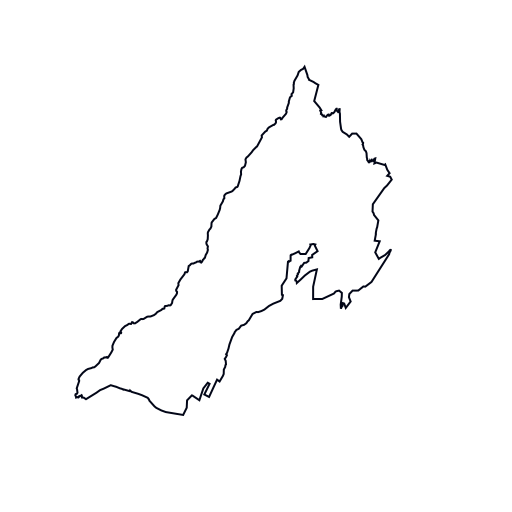 the district of Rubas pag., Saldus, Latvia, rotated 110°
{"feature_id": "27541924B9858590897676", "entity_name": "Rubas pag.", "entity_type": "district", "adm_level": 2, "iso_a3": "LVA", "parent_name": "Latvia", "parent_adm1": "Saldus", "projection": "robinson", "projection_center": [22.561, 56.414], "detail": "fine", "context": "isolated", "style": "outline", "palette": "ink", "viewbox_px": 512, "rotation_deg": 110, "n_neighbors": 0, "source": "geoboundaries", "source_scale": "gbopen_adm2", "svg_char_len": 6111}
<svg xmlns="http://www.w3.org/2000/svg" viewBox="0 0 512 512"><g transform="rotate(110 256 256)"><path d="M204.2,131.5L204.3,131.9L205.0,132.3L206.1,132.6L210.9,135.0L215.2,138.6L216.7,139.6L211.8,145.2L199.9,144.8L201.0,149.7L194.4,150.8L194.3,151.0L192.8,151.4L189.1,152.0L187.5,152.0L180.7,153.2L177.1,159.1L175.6,160.1L174.4,161.7L167.4,163.9L148.3,158.7L145.0,157.0L137.8,154.6L135.6,157.0L135.8,160.1L132.5,158.8L130.1,162.1L125.7,165.9L126.5,166.4L127.0,174.8L128.5,176.4L123.5,177.3L123.9,177.8L125.3,177.7L125.3,178.6L126.5,178.5L126.4,179.3L127.3,179.6L127.2,179.9L126.7,180.3L127.6,180.5L128.4,181.1L127.9,181.5L128.9,181.5L129.4,181.8L129.4,182.1L128.3,182.4L128.5,183.2L127.7,184.4L126.6,184.8L125.5,185.6L121.6,187.3L120.3,188.3L119.9,188.7L119.5,189.8L119.0,190.6L117.0,192.3L115.4,193.2L114.8,194.0L113.9,193.8L112.9,194.1L112.8,194.7L110.2,197.0L106.6,203.5L108.1,207.5L112.1,209.2L110.7,212.2L109.7,217.0L108.5,218.7L107.5,219.5L101.1,222.9L93.6,225.8L92.1,226.8L89.4,227.6L89.5,228.0L89.8,228.1L91.9,227.6L92.5,227.7L92.7,228.0L92.0,229.1L91.7,230.3L90.3,230.3L90.0,230.5L90.1,230.8L91.2,231.2L94.0,231.6L95.5,232.3L95.8,232.7L95.6,233.5L95.8,233.8L97.9,234.1L99.1,235.1L99.2,235.4L98.2,236.0L98.3,236.4L99.0,237.0L101.4,237.8L101.5,239.6L100.9,240.2L101.5,240.6L101.0,241.0L101.1,241.9L100.4,242.4L100.3,243.6L98.8,243.9L97.4,245.4L96.9,245.2L96.6,244.6L94.7,247.0L90.5,254.3L73.9,255.9L73.3,259.6L72.8,261.4L72.3,266.3L72.1,266.3L70.1,268.7L68.4,269.6L61.6,275.1L64.0,275.7L65.8,277.4L68.4,278.8L72.1,278.7L78.2,279.8L80.3,279.7L81.4,279.2L82.2,279.3L85.6,277.9L89.5,277.1L91.8,278.0L93.0,277.3L93.5,277.2L94.5,278.0L95.6,278.3L99.7,278.0L100.6,277.6L101.4,277.5L105.8,277.5L107.0,277.1L108.7,277.4L109.6,277.1L110.1,276.5L110.6,276.4L112.2,276.5L116.9,278.3L118.7,278.7L119.1,279.3L117.8,280.6L117.9,281.1L118.9,282.2L121.0,283.8L121.7,283.9L122.6,283.3L123.8,282.9L124.9,283.1L126.7,284.0L126.8,284.5L130.7,287.8L132.4,288.6L134.5,288.7L136.0,289.9L140.8,291.9L142.5,291.0L152.8,292.5L153.2,292.9L157.5,294.9L160.1,295.6L165.3,297.7L166.7,298.6L168.3,298.9L168.9,298.9L171.4,297.6L175.0,297.2L176.8,297.9L177.9,299.2L179.3,299.4L181.9,299.0L184.4,297.9L186.2,297.9L191.0,297.2L196.8,297.0L197.5,297.2L198.6,298.6L200.2,299.1L203.1,300.4L203.9,301.1L207.3,305.2L208.2,305.8L209.7,306.4L210.5,306.4L212.6,305.5L213.9,306.0L216.0,305.8L220.9,306.7L223.2,306.1L225.1,305.9L230.2,306.1L233.9,306.5L235.5,307.8L239.6,309.1L240.4,309.0L243.6,308.0L245.8,308.2L247.1,308.8L250.1,309.3L251.1,309.1L253.2,308.2L256.8,307.1L259.0,307.1L259.7,307.4L260.8,307.1L261.9,306.4L263.4,304.5L265.5,304.1L266.7,303.3L269.5,303.1L272.2,303.6L275.2,303.4L275.9,303.9L277.3,304.2L277.7,304.6L279.6,304.7L280.9,305.2L280.9,306.0L280.0,306.4L279.7,306.9L280.5,307.5L281.0,308.3L281.4,309.4L282.8,310.4L283.4,311.3L284.4,312.1L285.1,313.8L286.0,314.5L287.2,314.9L288.4,315.8L293.8,314.9L294.9,315.3L295.3,316.7L295.7,317.1L297.6,317.0L303.9,319.0L308.1,319.7L309.9,318.8L315.1,319.5L316.0,319.1L316.7,317.9L318.1,317.5L319.6,317.6L325.6,319.3L326.9,319.2L328.8,318.8L331.2,319.3L331.9,319.9L332.1,321.1L333.3,322.5L334.1,324.3L334.8,324.5L336.7,324.2L337.3,325.0L337.6,325.8L339.0,326.4L342.5,329.6L344.6,330.4L346.4,331.6L348.9,334.4L349.8,336.7L350.4,337.6L353.6,340.1L354.2,341.3L354.2,341.8L354.8,342.8L358.5,345.0L360.7,346.7L361.1,348.1L360.5,348.8L360.5,349.8L362.6,350.2L363.0,351.9L363.3,352.4L364.8,353.3L366.7,355.1L370.3,356.9L373.1,357.6L374.0,356.5L374.6,356.4L374.9,356.6L374.6,357.6L374.9,358.1L375.5,358.2L377.5,357.7L378.9,357.9L380.8,359.1L385.3,360.0L389.4,360.2L391.0,359.7L393.0,358.6L396.1,359.0L402.1,360.3L402.4,360.5L402.5,361.3L402.0,361.7L403.1,363.2L403.2,363.9L404.5,364.6L405.6,366.0L406.8,366.5L410.2,366.9L414.8,369.2L416.1,370.2L416.5,371.3L417.6,372.3L419.6,375.2L421.3,376.7L425.0,378.8L429.6,380.5L432.1,380.7L432.9,380.5L433.2,379.7L434.0,379.4L441.7,379.2L442.4,378.6L445.5,377.0L446.7,377.2L447.5,378.2L448.5,378.2L448.9,378.0L449.7,377.0L450.4,376.7L450.1,376.4L450.3,376.2L450.2,375.9L449.8,375.8L449.5,374.9L449.1,374.7L449.3,374.4L448.1,374.0L448.2,373.6L446.4,372.3L446.6,372.0L448.5,371.1L448.0,369.5L448.7,366.8L439.1,359.2L435.3,356.6L432.8,353.8L427.1,348.3L426.8,343.2L426.7,343.1L426.9,338.4L426.7,336.9L426.9,335.3L426.7,335.3L426.2,328.5L426.1,328.1L425.5,328.2L426.2,326.4L425.8,319.6L425.8,315.6L426.3,309.2L427.3,307.8L427.3,307.6L428.4,306.7L432.0,300.0L432.8,297.8L433.5,292.1L433.5,287.4L430.3,270.1L422.3,269.2L415.2,271.4L408.9,268.6L408.9,267.9L410.9,259.9L398.4,260.2L391.6,258.0L392.0,255.9L403.8,257.2L404.5,251.9L385.5,250.3L386.4,247.3L380.0,246.1L377.9,246.0L373.7,247.4L370.7,247.0L369.0,247.4L368.2,247.1L364.9,248.6L363.4,250.2L361.2,249.6L359.1,249.4L358.5,250.5L357.0,250.1L352.4,250.2L348.2,250.7L340.2,250.7L335.7,249.9L335.0,250.0L332.1,249.1L330.3,247.3L326.5,246.1L324.8,243.7L322.5,242.1L320.1,241.5L319.0,240.8L311.6,239.4L308.5,236.5L308.0,234.8L305.9,232.1L303.5,229.8L298.5,226.7L294.9,223.5L289.8,217.8L287.3,216.7L283.6,217.3L283.6,218.4L275.1,221.7L266.6,219.7L250.4,224.0L249.8,223.6L250.1,223.2L249.9,222.8L249.3,222.6L248.6,221.9L243.5,223.7L243.0,223.5L242.8,223.3L243.0,223.2L240.0,220.1L237.1,217.4L237.8,216.8L238.9,214.9L237.1,210.0L230.2,208.5L227.1,208.3L226.6,208.8L225.1,206.2L224.9,204.2L226.0,204.4L230.4,199.8L235.8,203.6L238.0,202.7L239.9,205.8L242.9,205.0L243.8,205.7L245.0,206.4L246.0,208.4L250.3,209.5L249.9,210.3L251.2,210.7L255.3,210.4L256.2,210.0L257.0,210.2L258.2,210.8L258.9,210.3L260.7,210.8L261.1,210.6L261.3,210.2L264.1,211.0L264.9,211.0L265.5,210.7L265.4,210.1L266.1,209.0L267.4,208.4L263.1,206.1L257.6,203.4L252.3,200.0L250.5,198.1L247.8,194.2L265.3,191.8L276.9,187.6L273.7,179.0L264.6,169.9L262.3,169.1L261.6,168.4L260.1,166.1L261.3,162.7L264.9,161.5L272.7,159.8L276.5,158.2L274.4,158.1L273.3,157.6L272.5,157.9L272.1,158.8L270.9,159.0L270.6,158.6L271.3,158.1L270.6,157.9L270.5,156.9L274.1,153.9L266.4,151.5L262.9,154.6L259.8,155.3L255.5,153.4L253.5,148.1L247.9,144.7L247.4,142.8L240.9,138.6L208.8,131.5L207.2,131.7L204.8,131.3L204.2,131.5Z" fill="none" stroke="#020617" stroke-width="2"/></g></svg>